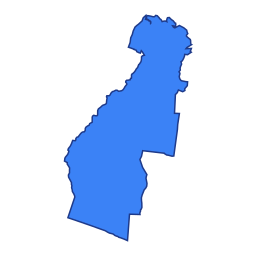 outline of Faleata East, Gaga'emauga, Samoa
{"feature_id": "51752279B54657815121204", "entity_name": "Faleata East", "entity_type": "district", "adm_level": 2, "iso_a3": "WSM", "parent_name": "Samoa", "parent_adm1": "Gaga'emauga", "projection": "albers", "projection_center": [-171.795, -13.866], "detail": "fine", "context": "isolated", "style": "filled", "palette": "blue", "viewbox_px": 256, "rotation_deg": 0, "n_neighbors": 0, "source": "geoboundaries", "source_scale": "gbopen_adm2", "svg_char_len": 3054}
<svg xmlns="http://www.w3.org/2000/svg" viewBox="0 0 256 256"><path d="M183.8,27.8L179.4,25.5L175.0,27.8L174.4,27.8L173.3,27.0L172.6,25.8L174.1,26.0L175.1,27.0L175.5,26.6L175.8,24.4L175.6,23.2L175.0,23.1L173.3,20.9L171.3,19.5L169.3,17.5L167.6,17.7L167.2,18.2L166.5,20.8L166.8,21.6L165.1,21.0L163.5,21.2L162.1,21.6L161.4,20.1L160.8,19.4L159.6,18.6L159.2,17.8L157.2,15.7L155.7,15.4L154.7,16.5L154.1,16.8L152.9,16.7L150.5,16.1L147.7,15.6L146.7,16.0L146.4,18.6L146.8,19.0L148.3,19.7L149.2,20.6L150.0,20.9L150.7,21.6L150.8,23.1L150.6,23.3L150.5,21.8L149.5,21.0L148.9,20.9L148.1,20.0L145.5,19.3L146.1,17.4L145.9,15.4L143.3,17.7L142.5,19.7L142.2,20.8L138.4,24.3L136.9,25.4L135.0,27.1L134.1,29.1L133.2,31.0L132.3,34.5L130.7,37.9L130.2,42.0L130.0,42.9L128.4,47.2L131.0,48.1L134.2,49.3L134.1,49.5L136.3,50.3L136.7,51.6L138.9,52.7L140.4,53.1L141.3,50.7L142.3,51.8L144.4,55.2L142.3,55.9L141.5,56.9L141.5,58.9L141.2,60.8L140.9,61.8L139.3,64.2L138.7,64.6L137.6,67.5L136.3,68.9L135.4,70.6L134.2,72.2L133.2,73.2L132.0,74.0L131.5,74.9L131.5,77.4L131.4,78.2L130.5,78.4L130.3,79.7L128.1,80.2L126.8,80.2L125.8,81.1L125.7,82.2L126.7,83.4L126.8,84.4L125.0,86.6L124.1,88.3L123.1,89.7L121.7,90.7L118.7,91.3L117.0,90.2L115.8,90.2L113.5,91.4L112.4,91.6L110.9,93.2L110.2,94.8L109.2,95.7L106.8,95.8L106.5,96.8L107.1,98.0L106.7,100.0L106.4,103.3L105.6,104.2L102.5,105.4L100.6,107.2L98.4,108.9L97.7,110.5L97.6,115.0L96.9,115.8L95.8,115.8L93.7,115.3L92.6,116.1L92.2,117.2L92.2,122.2L89.7,123.6L89.1,125.2L87.7,125.9L86.0,127.1L85.3,128.3L85.2,130.6L84.1,131.9L83.0,131.9L81.9,132.4L80.8,133.4L78.1,136.9L76.9,137.2L75.9,138.4L75.8,139.9L75.2,140.7L72.7,140.4L71.4,143.9L70.2,146.3L68.4,148.5L67.9,150.1L68.8,151.0L68.7,151.9L67.7,154.4L65.4,157.2L64.9,158.2L64.5,161.1L67.3,162.6L67.2,164.0L69.6,167.9L69.5,170.3L69.5,172.9L68.4,175.0L68.6,177.2L70.0,179.8L71.5,182.7L71.4,184.2L71.9,185.7L71.6,187.6L72.2,189.7L72.4,191.5L73.8,193.9L74.6,195.8L74.8,197.1L67.9,217.7L90.7,225.5L100.1,228.9L105.2,230.7L107.5,232.1L109.5,233.1L112.8,233.9L114.0,234.7L114.8,235.4L116.4,236.1L117.7,236.4L118.8,237.3L120.4,237.7L124.1,239.1L127.5,240.6L129.5,214.2L140.0,214.5L139.8,213.0L140.5,211.2L140.6,209.8L141.3,209.0L141.9,207.4L141.8,203.1L141.5,200.7L141.4,197.8L142.1,195.1L144.2,189.8L145.6,188.3L146.7,186.3L147.0,183.5L146.0,178.2L146.3,176.6L146.9,174.6L142.6,167.4L139.9,159.5L141.5,156.3L142.7,150.7L164.2,153.2L164.3,153.5L166.7,155.0L168.3,155.2L172.0,156.2L173.8,156.0L177.4,129.6L177.7,124.6L179.4,113.5L174.5,113.3L174.8,107.1L175.4,94.6L177.3,92.6L178.4,90.0L182.7,91.7L184.9,90.5L184.7,88.8L187.3,85.7L187.6,81.8L185.7,81.6L181.7,80.8L180.9,80.4L179.7,78.6L179.2,76.5L179.9,73.9L179.9,73.2L179.0,71.8L180.3,70.1L180.1,68.1L180.6,66.4L181.6,64.1L181.0,61.7L182.0,61.1L182.7,60.1L183.6,58.4L184.5,56.1L184.7,54.4L187.6,54.7L188.4,54.1L191.3,52.2L190.3,51.4L191.4,48.4L186.0,48.7L186.9,47.5L191.5,44.7L191.0,44.5L190.7,43.1L190.6,40.6L190.3,39.5L187.6,37.3L186.5,36.2L186.5,35.1L187.8,33.6L187.2,32.3L186.7,30.2L183.8,27.8Z" fill="#3b82f6" stroke="#1e3a8a" stroke-width="1.5"/></svg>